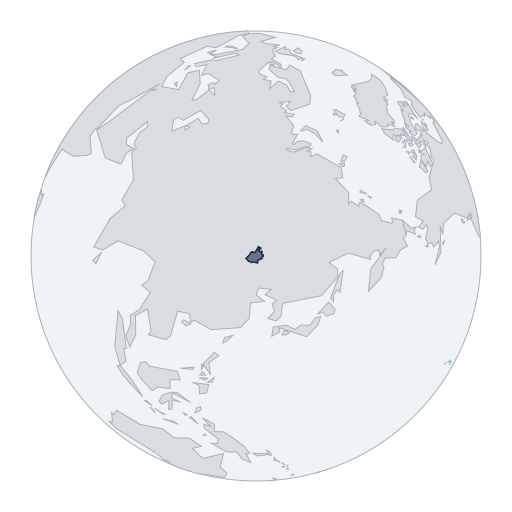 globe centered on Dornogovi, rotated 46°
{"feature_id": "MNG-3297", "entity_name": "Dornogovi", "entity_type": "Province", "adm_level": 1, "iso_a3": "MNG", "parent_name": "Mongolia", "parent_adm1": "", "projection": "orthographic", "projection_center": [109.85, 44.705], "detail": "fine", "context": "on_globe", "style": "filled", "palette": "slate", "viewbox_px": 512, "rotation_deg": 46, "n_neighbors": 0, "source": "natural_earth", "source_scale": "10m", "svg_char_len": 13813}
<svg xmlns="http://www.w3.org/2000/svg" viewBox="0 0 512 512"><g transform="rotate(46 256 256)"><circle cx="256" cy="256" r="225" fill="#eef3f6" stroke="#a8b0b8"/><path d="M459.6,352.0L459.3,352.9L459.1,353.2L459.6,352.0ZM396.5,79.9L399.0,82.0L395.4,81.8L378.3,75.4L377.6,72.9L373.6,72.1L374.3,75.4L375.7,77.8L362.9,83.3L362.8,98.7L370.3,106.6L362.7,103.0L381.9,120.6L386.7,133.3L376.7,117.3L372.1,114.4L373.1,121.8L368.6,120.6L366.5,123.7L361.0,121.8L355.6,113.1L352.0,111.9L352.8,117.3L347.9,119.1L347.2,111.3L338.5,113.9L327.9,101.1L330.3,83.7L319.8,77.0L310.2,60.7L306.5,61.4L300.5,56.4L294.0,55.6L294.1,53.3L288.8,54.8L290.0,57.1L288.1,58.6L284.4,58.5L283.8,55.3L285.6,54.9L283.5,54.0L284.8,52.6L282.1,53.2L281.8,49.7L276.5,53.1L271.7,50.3L273.1,48.0L280.1,48.4L300.7,45.7L304.3,44.5L302.1,41.8L283.0,36.1L283.9,35.0L279.9,33.4L276.1,33.6L277.9,35.0L269.8,35.6L273.0,37.8L270.2,38.6L270.5,41.3L262.7,40.9L254.9,39.2L254.3,37.1L250.8,36.5L245.2,38.8L237.9,35.8L222.5,35.9L221.5,35.4L230.7,33.1L246.6,31.8L258.6,30.8L242.9,31.7L240.6,31.3L236.9,31.5L232.5,32.0L230.3,32.3L227.9,32.5L233.6,31.8L240.9,31.2L240.2,31.3L244.2,31.0L260.6,30.8L276.9,31.7L293.1,33.8L309.1,37.1L324.9,41.5L340.2,47.1L355.2,53.7L369.6,61.4L383.4,70.2L396.5,79.9ZM468.5,192.4L466.7,189.4L467.4,188.6L468.5,192.4ZM465.9,189.5L466.5,190.1L466.0,189.9L465.9,189.5ZM465.7,190.6L465.9,189.8L465.9,191.1L465.7,190.6ZM465.7,192.6L465.7,191.3L465.8,191.6L465.7,192.6ZM465.0,194.6L464.8,195.0L464.5,193.5L465.0,194.6ZM377.1,79.2L374.8,75.6L375.8,73.4L378.2,76.4L377.1,79.2ZM374.5,84.4L372.1,82.1L376.9,82.5L376.7,83.6L374.5,84.4ZM376.6,112.9L375.6,109.0L378.1,113.3L376.6,112.9ZM367.1,124.5L368.8,126.1L367.0,127.1L367.1,124.5ZM274.7,41.4L272.7,41.3L273.7,40.9L274.7,41.4ZM276.9,42.8L279.5,42.3L280.9,42.9L279.2,43.2L276.9,42.8ZM357.0,125.1L353.5,126.4L356.1,123.5L357.0,125.1ZM273.2,43.3L283.1,44.0L285.5,45.2L281.1,47.3L273.2,43.3ZM350.9,126.2L342.5,130.0L345.6,133.7L332.1,125.9L343.7,124.9L346.4,120.7L347.5,124.5L350.9,126.2ZM292.0,57.9L290.6,55.4L295.2,57.7L292.0,57.9ZM295.4,59.0L312.4,64.7L312.6,68.7L306.9,65.8L310.0,71.4L301.8,70.5L298.2,67.2L299.7,64.7L295.4,66.4L295.4,59.0ZM325.9,121.2L323.1,121.0L325.0,119.6L325.9,121.2ZM287.7,59.4L291.1,60.1L291.6,63.5L284.8,62.9L286.8,61.9L287.7,59.4ZM314.8,73.5L314.0,76.1L307.1,76.0L305.8,77.1L301.6,70.8L314.8,73.5ZM284.9,61.1L281.4,62.5L277.8,60.9L284.4,59.1L284.9,61.1ZM294.5,64.7L294.4,66.4L292.3,65.2L294.5,64.7ZM263.1,56.5L267.1,56.8L267.7,58.6L263.1,56.5ZM280.4,63.2L281.6,63.7L282.3,64.6L279.3,65.2L280.4,63.2ZM297.0,71.4L294.3,70.9L298.4,73.9L293.4,74.2L291.5,70.1L290.2,72.0L288.7,72.2L288.8,68.7L297.0,71.4ZM278.4,68.4L274.3,63.7L266.6,62.4L265.9,60.8L278.3,63.1L278.4,68.4ZM284.5,68.8L280.6,68.1L281.7,66.2L285.0,65.5L284.5,68.8ZM290.7,76.1L298.9,76.6L299.0,77.5L290.7,76.1ZM276.0,68.4L277.0,69.5L275.3,68.5L276.0,68.4ZM285.9,74.0L288.8,74.0L288.9,75.1L285.9,74.0ZM276.7,72.0L275.4,70.4L277.6,69.8L276.7,72.0ZM280.8,73.2L280.2,74.7L279.3,70.5L282.0,73.0L280.8,73.2ZM285.5,75.0L286.5,75.6L284.3,74.9L285.5,75.0ZM269.0,75.5L267.3,70.4L272.2,69.0L273.2,74.0L269.0,75.5ZM88.1,105.8L91.4,106.5L85.3,115.2L79.8,136.2L77.9,140.6L71.3,145.2L61.4,173.5L66.8,173.1L65.0,195.3L68.5,206.3L82.5,196.1L76.9,177.6L83.1,167.7L93.4,176.6L99.3,193.7L101.9,190.4L104.2,174.6L111.7,173.9L105.7,168.9L103.6,174.3L99.7,171.5L101.4,166.4L104.0,166.2L104.0,160.3L91.7,163.6L88.2,169.4L84.3,158.4L78.1,167.4L74.9,166.8L84.1,151.6L87.9,148.8L99.8,128.4L95.5,130.2L83.9,149.8L84.8,145.9L78.8,149.3L84.1,143.6L97.9,122.5L98.4,113.3L88.5,112.8L91.0,107.3L98.0,99.0L112.3,90.2L105.0,103.5L110.0,101.3L120.6,92.4L117.5,97.5L120.9,95.8L119.0,100.9L125.4,103.1L124.9,108.1L136.0,104.7L137.3,107.0L130.3,108.2L125.2,112.0L124.9,125.5L127.4,126.8L134.7,123.7L133.7,128.1L140.8,123.4L144.9,130.0L145.9,118.3L154.4,115.2L161.6,117.2L164.6,114.3L152.9,111.1L148.1,111.9L143.7,115.8L130.7,117.0L128.9,113.4L143.1,104.8L142.2,99.1L153.7,95.6L178.3,105.1L184.1,111.8L175.5,130.1L169.1,130.2L169.1,123.5L161.1,132.9L165.6,130.6L164.8,134.5L172.8,133.1L172.6,135.9L180.6,130.1L181.2,133.4L176.1,137.0L188.5,138.5L192.2,145.0L195.1,144.1L197.2,141.3L200.5,151.8L202.5,150.7L202.2,146.8L205.9,142.2L213.8,138.3L214.5,142.2L211.8,144.1L207.1,154.2L199.6,159.1L200.7,160.4L207.3,157.0L213.1,144.6L217.7,141.2L215.8,147.2L216.9,144.7L219.4,144.3L222.5,147.6L224.9,141.3L251.4,133.2L260.1,139.4L255.5,145.2L274.8,145.3L283.1,153.3L282.8,149.5L291.8,147.7L289.3,145.1L289.8,143.2L311.9,138.7L317.6,141.0L326.7,135.9L326.5,134.1L322.8,131.9L332.1,125.9L345.6,133.7L345.3,137.3L354.0,140.2L352.0,148.3L354.4,156.7L347.1,164.6L349.6,171.0L352.8,171.5L358.6,180.9L359.6,199.6L344.9,182.3L340.7,156.2L341.2,166.4L337.0,163.6L334.6,167.2L335.3,174.7L338.0,175.8L318.0,187.6L311.5,208.0L322.0,206.4L328.1,212.1L329.9,236.6L308.6,269.7L316.6,279.7L316.8,286.4L309.2,290.9L308.7,281.1L301.5,277.7L302.3,271.8L290.1,276.4L290.8,268.2L280.9,276.3L284.2,282.9L294.7,281.4L285.9,292.6L296.0,303.8L296.7,316.9L277.9,339.3L259.4,345.1L258.2,348.9L251.2,343.9L241.3,350.7L254.0,373.0L253.5,378.8L237.8,388.2L237.5,384.0L218.9,370.8L215.0,384.0L229.1,397.2L233.9,410.1L222.9,404.9L218.0,393.2L211.5,388.1L213.5,376.7L208.7,357.3L197.6,358.4L198.7,351.0L190.3,332.7L174.5,333.2L149.2,344.8L145.2,362.2L136.7,366.5L127.7,334.6L129.1,315.2L122.5,313.4L116.0,291.1L95.1,273.5L95.1,267.1L90.6,265.7L86.5,254.7L87.7,244.7L83.9,240.7L81.4,267.4L85.9,271.8L93.8,269.3L91.9,277.2L96.2,289.4L80.7,296.3L54.6,283.0L57.2,268.6L63.8,216.4L66.4,213.5L66.7,213.0L67.1,212.1L62.4,215.8L65.3,206.2L56.3,239.0L52.5,250.4L54.2,283.3L52.8,283.7L54.8,292.3L67.7,303.1L66.6,307.1L57.4,318.2L44.2,321.4L48.9,340.8L52.9,353.1L52.0,351.5L45.5,336.4L40.2,320.8L36.1,304.9L33.1,288.7L31.3,272.4L30.7,256.0L31.3,239.6L33.1,223.2L36.1,207.1L40.3,191.2L45.6,175.6L52.0,160.5L59.5,145.9L68.0,131.8L77.6,118.4L88.1,105.8ZM82.6,112.5L80.7,114.6L82.6,112.5ZM100.4,219.9L107.4,229.9L113.2,216.6L116.4,219.5L117.3,214.1L113.6,215.6L117.0,201.8L123.3,203.3L127.1,198.5L124.9,195.0L112.9,194.5L107.9,214.0L102.5,215.5L100.4,219.9ZM239.7,31.4L238.5,31.5L234.0,31.9L236.2,31.6L239.7,31.4ZM214.0,35.3L210.6,35.6L214.5,35.0L216.8,34.4L227.9,32.8L221.5,35.1L222.4,34.2L214.0,35.3ZM240.9,32.0L234.6,32.3L241.8,31.9L240.9,32.0ZM141.7,82.9L138.1,86.0L134.5,86.4L135.2,81.4L140.5,80.6L141.7,82.9ZM133.9,90.4L147.8,84.0L148.0,87.2L145.5,86.4L144.2,89.2L139.9,88.7L126.4,98.6L122.3,99.8L125.9,89.1L127.0,91.8L130.4,88.4L133.9,90.4ZM183.2,66.1L189.3,64.6L181.7,73.5L176.9,74.0L177.3,68.7L183.2,65.0L183.2,66.1ZM263.6,47.6L266.4,47.3L266.6,48.0L264.3,48.9L263.6,47.6ZM264.9,56.5L251.6,50.1L254.1,49.3L243.2,47.1L245.7,44.3L252.6,45.7L246.4,42.2L253.6,42.3L248.6,40.3L263.9,43.7L270.1,44.1L262.2,44.7L259.8,47.2L260.6,48.4L267.7,52.2L280.0,54.8L279.6,58.1L276.0,59.8L273.0,59.7L274.2,57.5L269.3,58.9L268.8,55.7L264.9,56.5ZM234.4,84.1L237.1,80.5L227.1,85.0L226.5,80.9L225.4,81.7L222.1,79.3L216.2,77.9L217.0,75.9L214.3,76.3L212.1,74.9L208.8,74.7L209.0,71.3L204.9,71.0L207.3,69.6L200.2,70.1L205.6,68.3L203.3,66.6L199.3,69.2L208.7,53.5L208.5,49.1L205.4,46.7L215.1,44.5L224.2,45.8L231.7,49.4L230.5,54.3L235.1,52.7L235.9,54.7L231.9,55.1L238.5,55.7L238.1,57.5L244.7,62.1L254.4,62.4L257.1,64.4L253.1,65.2L258.6,66.6L252.8,69.5L254.6,71.1L250.6,75.8L241.9,76.9L244.5,78.5L241.7,82.5L234.4,84.1ZM267.6,76.7L257.2,78.3L251.8,77.1L260.9,69.5L260.1,67.7L265.7,63.3L273.5,65.3L271.1,66.4L270.7,67.9L268.4,66.6L269.9,68.8L266.7,70.3L267.0,72.5L263.6,72.4L267.6,76.7ZM80.2,141.4L79.6,144.1L79.5,147.5L75.8,150.0L80.2,141.4ZM89.4,126.8L89.4,128.5L84.1,133.1L84.8,130.5L89.4,126.8ZM94.0,125.7L89.9,128.2L92.5,125.3L94.0,125.7ZM130.8,109.7L131.5,111.6L129.7,112.7L127.3,112.8L130.8,109.7ZM204.7,98.4L207.1,96.1L208.3,96.5L216.1,93.8L217.1,96.9L212.9,99.7L204.7,98.4ZM79.0,195.4L75.4,194.8L76.0,191.8L77.1,192.6L79.0,195.4ZM73.5,171.2L72.6,178.4L72.5,171.8L73.5,171.2ZM207.1,101.3L210.1,99.8L208.8,102.3L207.1,101.3ZM218.3,99.1L217.4,101.9L218.2,97.0L218.3,99.1ZM64.2,374.2L59.3,364.1L63.2,368.0L63.9,365.4L69.0,376.0L74.3,389.2L64.2,374.2ZM291.2,436.9L298.1,437.0L297.8,437.6L291.2,436.9ZM284.1,435.1L291.9,434.8L282.7,436.5L284.1,435.1ZM294.9,434.7L302.9,432.8L306.4,431.4L305.7,432.8L294.9,434.7ZM278.7,435.3L249.9,434.6L238.5,432.0L241.2,429.7L259.6,431.5L278.7,435.3ZM240.2,429.6L222.9,420.4L199.6,393.4L208.0,395.5L232.4,413.3L230.8,415.5L241.3,422.5L240.2,429.6ZM282.3,417.5L280.7,424.3L264.7,423.8L257.5,422.5L252.5,413.3L255.3,408.8L261.2,409.2L284.3,392.7L292.4,396.6L285.2,403.8L291.8,409.9L282.3,417.5ZM146.0,364.3L150.2,376.7L145.7,376.5L146.0,364.3ZM293.8,380.2L284.4,388.2L293.1,377.6L293.8,380.2ZM299.0,370.0L299.6,374.0L295.8,370.3L299.0,370.0ZM257.8,354.8L251.5,355.4L251.5,352.4L259.5,349.9L257.8,354.8ZM297.1,327.9L296.8,337.2L295.5,340.4L292.8,335.0L297.1,327.9ZM220.4,128.7L208.4,128.6L200.5,131.3L197.1,136.9L196.8,129.4L208.9,125.1L220.4,128.7ZM247.5,132.0L250.4,127.7L252.6,129.9L252.2,131.2L247.5,132.0ZM246.8,129.2L243.9,123.3L247.8,121.1L249.3,126.1L246.8,129.2ZM225.0,111.4L221.4,111.1L222.6,109.0L225.0,111.4ZM326.3,465.4L282.2,476.4L272.8,476.5L275.8,474.7L268.3,468.5L271.4,468.6L270.1,463.3L296.5,456.4L315.6,443.1L329.6,441.4L340.6,430.6L354.9,427.5L350.2,435.4L364.5,435.0L375.5,416.7L382.8,428.4L392.3,427.8L393.3,432.5L371.4,449.5L360.0,455.8L358.4,456.6L353.6,459.0L346.8,461.9L344.3,461.5L339.5,463.8L344.7,460.5L337.4,464.3L334.5,463.8L326.3,465.4ZM427.5,398.1L429.3,396.8L431.5,395.7L428.8,398.3L427.5,398.1ZM455.1,360.9L455.5,360.6L453.8,363.5L455.1,360.9ZM459.1,353.2L457.2,356.9L459.6,352.0L459.1,353.2ZM438.5,382.0L439.2,381.9L438.4,383.0L438.5,382.0ZM437.8,382.5L439.1,380.1L438.7,381.6L437.8,382.5ZM430.0,382.2L431.2,380.5L431.7,380.7L430.0,382.2ZM308.2,436.0L317.8,430.1L323.0,428.9L308.2,436.0ZM428.5,381.7L425.6,383.7L426.0,382.6L428.5,381.7ZM428.8,379.5L428.6,378.4L430.2,380.0L428.8,379.5ZM423.4,380.5L426.8,380.4L423.0,381.1L423.4,380.5ZM421.2,382.3L418.7,382.9L418.8,382.4L421.2,382.3ZM391.0,400.2L400.8,403.3L392.7,407.0L383.7,406.1L376.4,413.4L359.8,418.1L363.7,414.1L361.6,410.3L344.3,412.8L340.8,410.5L347.0,407.0L335.5,406.9L348.1,402.8L353.2,408.1L360.3,401.2L372.4,398.7L384.1,396.7L393.3,397.5L391.0,400.2ZM348.0,416.8L350.2,416.3L348.2,418.5L348.0,416.8ZM413.7,382.6L417.5,383.3L417.0,384.3L415.1,384.9L413.7,382.6ZM395.4,395.5L405.4,385.7L407.7,384.6L401.1,393.6L395.4,395.5ZM403.1,383.5L407.6,381.9L410.0,383.6L409.0,384.8L403.1,383.5ZM322.3,415.9L321.8,417.8L318.5,416.9L322.3,415.9ZM326.6,414.2L336.5,414.4L325.7,415.9L326.6,414.2ZM296.4,411.2L299.3,415.4L308.6,411.8L301.5,416.4L307.7,422.8L305.6,425.5L299.4,418.7L297.2,426.5L293.1,426.6L290.9,420.2L295.0,411.6L299.1,407.8L315.8,404.8L296.4,411.2ZM326.5,409.0L323.9,404.2L325.9,400.5L328.7,402.8L326.5,409.0ZM316.1,392.4L309.1,386.7L302.7,389.7L315.6,379.3L320.2,386.6L316.1,392.4ZM310.1,378.6L304.2,381.5L310.3,375.5L310.1,378.6ZM302.6,379.3L302.0,374.7L306.7,375.0L302.6,379.3ZM313.2,378.5L314.3,370.4L316.7,374.9L313.2,378.5ZM299.9,364.1L310.0,371.2L296.9,368.8L296.3,352.8L301.9,352.1L299.9,364.1ZM330.6,292.1L329.1,287.1L334.2,285.2L333.7,289.1L330.6,292.1ZM349.2,275.6L335.0,283.1L323.4,289.4L327.1,291.3L324.7,300.4L319.0,292.9L327.0,282.2L335.9,279.0L337.0,271.4L343.4,265.2L341.7,256.1L344.4,251.5L348.6,259.0L349.2,275.6ZM340.5,252.3L339.9,235.7L349.4,236.2L351.7,240.0L348.0,247.3L343.2,246.5L340.5,252.3ZM342.5,232.0L337.8,231.2L327.0,208.1L327.1,203.5L340.4,220.6L336.7,220.9L337.7,226.7L342.5,232.0ZM324.1,123.0L323.2,121.2L325.6,122.4L324.1,123.0ZM288.2,141.9L289.4,139.5L292.2,140.8L288.2,141.9ZM294.0,133.8L290.1,133.9L294.0,132.1L294.0,133.8ZM281.4,134.8L288.4,133.2L282.1,137.0L281.4,134.8Z" fill="#d9dde1" stroke="#a8b0b8" stroke-width="1"/><path d="M261.9,254.4L261.8,254.5L261.7,254.6L261.4,254.7L261.3,254.8L260.8,256.0L260.7,256.1L260.7,256.3L260.7,256.5L260.6,256.8L260.4,257.0L260.3,257.4L260.6,257.6L260.7,257.8L260.7,258.0L260.8,258.1L261.0,258.5L261.5,258.8L261.9,259.4L261.9,259.5L262.0,259.7L262.0,259.8L261.9,259.9L261.7,260.0L261.4,260.0L261.0,260.6L260.9,260.7L260.5,260.8L260.4,260.8L260.2,260.9L259.6,261.2L259.2,261.4L259.1,261.6L258.7,262.1L258.4,262.5L258.2,262.9L258.1,263.0L257.8,263.3L257.7,263.3L257.7,263.5L256.8,263.9L256.7,264.0L256.4,264.1L256.2,264.2L255.5,264.5L255.0,264.8L254.9,264.9L254.5,264.9L254.3,264.9L254.3,265.0L253.5,264.9L253.4,264.9L253.1,265.0L252.9,265.0L252.2,264.9L251.6,264.9L251.3,264.8L251.1,264.8L250.8,264.8L250.7,263.0L250.7,262.9L250.8,262.7L250.8,262.3L250.8,262.2L250.7,261.3L250.7,260.9L250.7,260.5L250.7,259.9L250.1,258.0L249.9,257.5L249.9,257.4L249.9,257.2L250.0,256.7L250.2,256.4L250.3,255.8L250.4,255.6L250.5,255.5L251.7,255.4L252.0,255.2L252.2,254.8L252.3,254.8L252.4,254.7L252.5,254.7L252.5,254.4L252.3,253.1L252.3,252.3L252.3,252.0L252.4,251.6L252.6,251.1L252.1,251.3L252.0,251.2L251.9,251.1L251.8,250.9L251.7,250.7L251.8,250.6L251.9,250.0L251.9,249.8L251.9,249.7L251.8,249.4L251.7,249.2L251.2,248.7L251.3,248.5L251.6,248.3L251.6,248.2L251.4,248.2L251.1,248.2L250.9,248.0L250.9,247.8L251.0,247.7L251.3,247.7L251.6,247.7L252.0,247.8L252.3,247.8L252.7,247.6L252.9,247.5L253.0,247.4L253.3,246.9L253.6,247.1L253.6,247.3L253.6,247.6L253.8,247.5L254.0,247.5L254.0,247.8L254.0,248.0L253.8,248.5L253.7,248.6L253.7,248.8L253.7,249.0L253.8,249.2L254.1,249.4L254.1,249.5L254.2,249.8L254.3,249.8L254.8,250.2L255.0,250.2L255.7,250.2L255.8,250.1L256.0,250.0L256.4,249.7L256.5,249.5L256.6,249.1L256.5,248.6L256.6,248.4L256.8,248.4L256.9,248.5L257.0,248.5L257.2,248.9L257.6,249.4L257.7,249.5L257.8,249.8L257.9,250.0L258.1,250.2L258.7,250.5L258.9,250.6L259.1,250.6L259.8,250.0L260.8,250.4L260.8,250.5L261.2,251.2L261.2,251.4L261.3,251.6L261.2,252.7L261.2,252.8L261.3,252.8L261.5,253.0L261.5,253.3L261.7,253.5L261.8,253.6L261.9,253.8L261.9,254.0L261.9,254.4L261.9,254.4Z" fill="#64748b" stroke="#1e293b" stroke-width="1.5"/></g></svg>